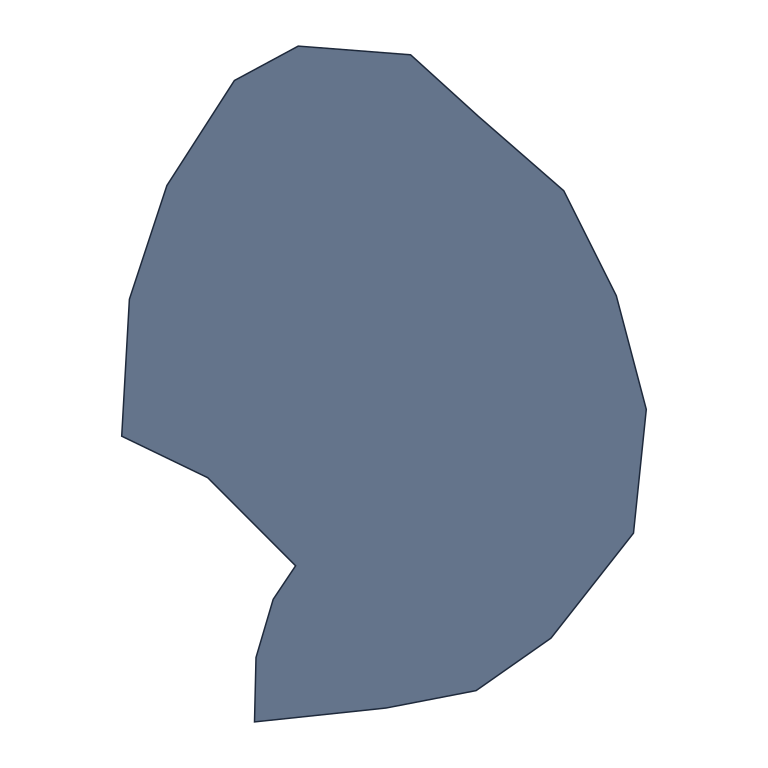 an SVG outline of Ville de N'Djamena
{"feature_id": "TCD-4857", "entity_name": "Ville de N'Djamena", "entity_type": "Capital", "adm_level": 1, "iso_a3": "TCD", "parent_name": "Chad", "parent_adm1": "", "projection": "natural_earth1", "projection_center": [15.064, 12.118], "detail": "fine", "context": "isolated", "style": "filled", "palette": "slate", "viewbox_px": 768, "rotation_deg": 0, "n_neighbors": 0, "source": "natural_earth", "source_scale": "10m", "svg_char_len": 369}
<svg xmlns="http://www.w3.org/2000/svg" viewBox="0 0 768 768"><path d="M254.5,721.9L256.0,657.5L273.2,599.3L295.6,565.8L207.7,477.7L121.7,436.2L129.4,299.2L166.9,185.5L234.4,80.5L298.2,46.1L410.6,54.8L478.1,116.1L563.8,190.8L616.3,295.7L646.3,409.4L633.5,533.1L551.0,638.1L476.1,690.6L386.1,708.0L254.5,721.9Z" fill="#64748b" stroke="#1e293b" stroke-width="1.5"/></svg>